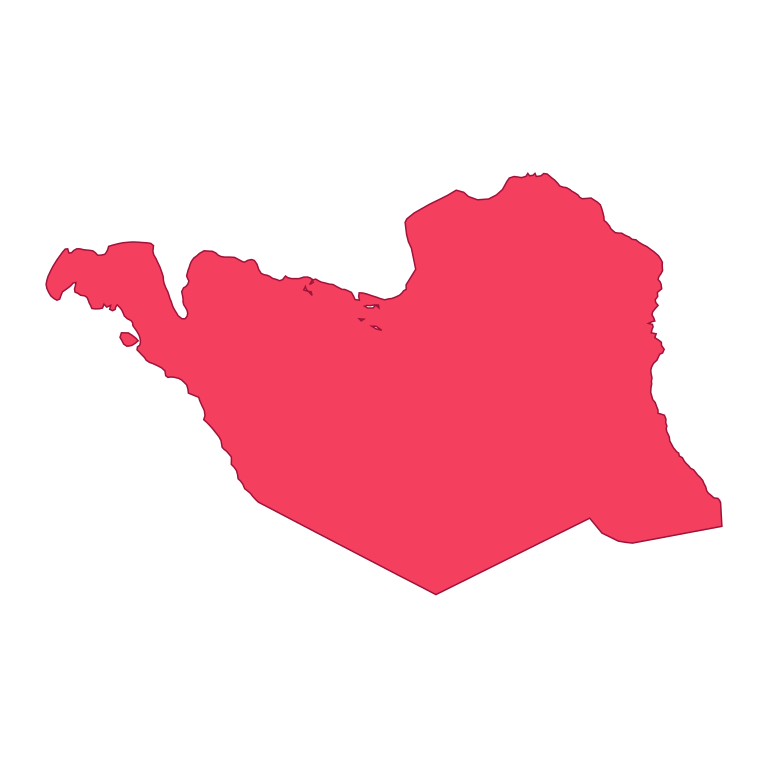 Turiaçu, Maranhão, Brazil (Mercator projection), rotated 270°
{"feature_id": "56859067B17622420397796", "entity_name": "Turiaçu", "entity_type": "district", "adm_level": 2, "iso_a3": "BRA", "parent_name": "Brazil", "parent_adm1": "Maranhão", "projection": "mercator", "projection_center": [-45.384, -1.709], "detail": "fine", "context": "isolated", "style": "filled", "palette": "rose", "viewbox_px": 768, "rotation_deg": 270, "n_neighbors": 0, "source": "geoboundaries", "source_scale": "gbopen_adm2", "svg_char_len": 5714}
<svg xmlns="http://www.w3.org/2000/svg" viewBox="0 0 768 768"><g transform="rotate(270 384 384)"><path d="M488.1,312.5L490.0,310.5L490.9,307.8L490.9,303.8L489.4,299.0L489.4,296.1L489.4,291.5L490.4,287.6L492.0,285.5L488.3,282.5L487.3,279.6L488.6,276.3L489.6,272.6L491.5,270.0L492.7,267.3L493.3,264.1L494.6,261.2L498.4,258.8L503.8,257.0L507.5,254.4L508.5,251.6L507.7,247.8L505.8,244.4L506.7,241.9L510.6,234.6L510.9,229.8L510.9,224.6L511.5,220.9L512.8,218.2L515.0,215.9L516.7,212.4L516.9,208.9L517.2,204.0L514.6,199.5L511.9,196.5L510.0,193.8L506.6,191.4L503.9,190.2L500.1,189.0L497.8,188.1L492.1,186.6L489.8,187.5L487.0,188.9L483.8,187.8L481.4,185.8L480.1,183.5L476.3,181.7L472.1,182.6L468.9,183.1L466.1,183.0L463.3,183.7L460.5,185.5L457.7,187.0L454.6,187.7L451.8,187.1L449.3,185.2L449.2,182.0L452.3,178.1L455.4,176.3L457.4,175.0L460.3,173.4L462.6,172.4L466.2,171.3L469.5,169.9L472.6,169.0L476.2,167.8L480.2,165.8L485.0,164.0L488.0,163.4L491.0,163.3L494.0,162.4L496.9,161.4L501.0,159.9L505.4,157.8L509.4,156.0L513.0,153.8L516.6,152.9L522.4,153.5L524.6,150.8L525.0,148.5L525.3,145.5L525.5,142.2L525.7,139.7L526.0,134.3L526.0,131.7L525.7,127.8L525.3,123.4L524.5,119.1L523.6,115.4L522.6,111.7L521.6,108.6L518.3,107.7L515.8,106.4L513.7,104.8L512.9,101.2L512.8,97.6L515.2,95.5L517.2,92.8L517.8,88.6L518.2,84.2L519.2,79.7L519.2,76.7L517.4,73.6L515.3,71.6L515.0,68.9L519.2,67.7L518.9,65.2L516.2,62.8L508.2,57.0L501.4,52.8L496.7,50.4L491.5,48.0L487.8,46.9L483.7,46.1L479.8,46.8L476.0,48.5L472.1,50.8L469.3,54.1L467.8,57.0L468.9,59.7L473.4,61.3L476.1,62.4L478.1,65.3L480.5,68.6L482.7,71.2L484.9,73.0L485.5,75.9L482.2,75.4L479.1,74.5L475.9,75.0L474.7,77.8L472.7,80.7L472.2,84.5L470.6,87.0L467.9,88.2L465.1,89.2L462.9,90.4L459.5,91.9L459.1,95.2L459.2,99.1L459.9,102.5L463.8,104.0L460.9,106.7L462.6,110.7L458.7,109.7L457.3,112.5L458.5,115.1L461.0,115.7L463.2,117.2L460.5,119.8L458.1,121.7L454.9,123.2L452.1,124.3L449.3,127.3L447.4,131.0L445.3,132.6L442.3,132.9L436.8,136.8L432.7,139.1L428.7,140.3L425.5,140.4L422.7,139.7L421.2,137.5L418.2,137.0L415.6,139.6L413.5,141.5L410.6,144.4L407.8,146.2L405.6,149.5L404.5,152.7L403.3,155.3L402.3,157.5L400.2,161.5L397.2,164.9L392.3,165.7L390.6,167.9L391.0,170.4L390.8,173.8L389.7,178.5L388.1,181.5L385.9,183.9L383.2,186.6L379.1,187.9L374.9,188.4L372.4,194.5L370.7,198.7L367.2,199.8L362.3,202.0L357.5,204.3L352.4,205.0L348.3,203.7L345.7,206.7L341.4,210.8L338.8,213.0L336.4,214.9L333.8,217.0L331.2,219.0L327.5,221.0L323.4,221.7L320.8,222.1L318.7,224.0L316.8,226.5L313.6,229.3L311.2,231.3L308.1,231.4L303.6,231.3L300.8,234.1L297.4,236.5L293.3,237.6L289.2,238.1L286.9,240.6L283.9,242.8L279.3,244.7L277.3,247.3L274.7,250.4L271.8,252.6L268.1,256.0L265.8,258.4L263.9,262.1L234.9,317.5L192.2,399.5L181.8,419.8L173.4,435.9L223.8,537.3L249.8,589.7L234.9,602.0L226.9,618.3L225.6,626.0L224.9,632.5L241.7,721.9L265.3,720.6L267.6,719.6L269.6,717.9L270.1,713.9L273.1,710.6L274.8,708.4L277.2,706.7L281.2,705.7L284.8,703.8L287.6,702.7L290.6,700.2L292.9,697.7L298.2,693.6L299.7,690.6L302.3,688.5L304.1,686.6L306.6,684.4L310.3,682.4L312.0,679.3L314.9,678.7L316.2,676.7L320.3,673.4L324.4,671.2L327.0,669.8L330.9,669.3L333.3,668.3L336.3,666.8L339.4,666.2L342.0,666.9L345.2,665.7L348.7,666.0L352.8,664.4L353.7,661.7L354.8,658.0L358.0,658.0L360.9,656.8L365.5,655.2L368.3,652.8L375.6,650.7L380.4,651.0L384.0,651.7L386.9,651.4L390.0,652.0L395.0,651.0L398.0,650.8L401.0,651.6L404.5,653.4L407.9,657.0L411.5,658.6L413.8,659.7L415.0,662.6L418.7,664.2L422.4,661.6L425.8,661.3L427.9,658.7L430.3,654.8L434.2,656.2L435.2,651.3L438.8,652.1L441.1,653.1L443.6,652.5L444.6,648.5L446.2,651.7L447.0,654.8L450.0,653.8L453.2,652.0L456.2,652.7L459.0,654.9L462.6,658.1L465.4,655.8L468.2,655.2L471.5,657.7L475.6,657.4L479.2,661.7L483.7,661.1L486.2,660.1L488.6,658.0L491.6,659.0L494.0,660.8L497.4,662.6L502.5,662.2L505.7,662.4L508.4,661.0L512.2,658.5L514.7,655.7L516.5,653.6L518.1,651.3L521.4,646.9L523.4,642.8L525.7,639.0L528.2,635.9L528.7,632.1L530.9,629.4L532.0,626.7L533.1,624.5L534.8,621.7L534.9,618.7L535.3,615.4L537.1,613.1L539.5,610.6L541.8,609.6L545.4,606.7L547.6,604.1L551.2,603.9L554.9,603.0L559.8,601.6L563.2,600.3L565.8,597.5L567.8,594.4L570.0,591.0L569.6,587.0L569.3,582.2L570.5,579.9L573.0,578.0L574.8,575.4L576.8,571.9L578.6,569.6L580.4,566.3L580.8,563.2L582.0,559.8L584.7,557.7L587.8,554.8L590.0,551.9L594.0,547.2L594.5,543.7L592.2,541.0L591.5,536.3L594.6,535.0L592.7,533.0L592.2,529.6L594.6,527.8L591.6,525.9L590.4,521.5L591.0,517.8L591.5,514.1L590.0,509.3L586.4,506.8L582.1,504.5L578.4,502.4L573.1,496.5L569.0,488.6L568.2,477.5L571.5,468.4L575.7,463.8L577.8,456.2L572.8,447.8L569.4,441.1L564.1,430.2L555.2,414.4L549.2,406.9L545.7,405.1L533.4,406.6L526.3,408.4L519.8,411.4L505.7,414.3L498.7,415.7L483.2,406.1L478.7,406.2L477.2,403.6L475.2,402.1L472.9,399.7L470.9,395.5L469.5,391.7L469.2,389.0L468.2,384.6L469.5,380.0L470.6,377.2L471.5,374.3L472.7,370.6L474.2,366.2L475.0,362.6L475.2,359.2L471.8,358.7L467.8,359.4L468.5,355.0L472.2,353.4L475.6,351.4L477.5,347.4L478.6,344.6L478.6,342.1L481.2,337.0L483.5,333.0L483.9,329.3L485.0,325.3L485.8,321.6L487.0,319.0L488.9,315.7L488.1,312.5ZM463.0,375.7L460.0,373.0L460.0,367.6L461.8,364.6L462.6,366.9L462.3,370.2L462.9,373.0L463.0,375.7ZM441.7,376.1L437.7,381.8L439.1,376.2L441.8,371.8L441.7,376.1ZM476.5,308.5L478.1,303.7L481.4,305.4L478.7,306.1L476.5,308.5ZM488.1,312.5L485.6,313.3L483.5,309.6L488.1,312.5ZM476.5,308.5L476.3,311.1L472.6,312.1L476.5,308.5ZM449.2,359.2L448.8,363.8L447.1,361.2L449.2,359.2ZM463.0,375.7L462.9,378.5L460.2,378.9L463.0,375.7ZM429.7,136.0L432.8,132.0L435.1,128.4L435.2,121.4L430.6,120.0L427.2,122.0L423.9,123.7L421.8,126.8L422.0,129.3L422.6,131.9L424.7,135.2L427.2,138.2L429.7,136.0Z" fill="#f43f5e" stroke="#9f1239" stroke-width="1.5"/></g></svg>